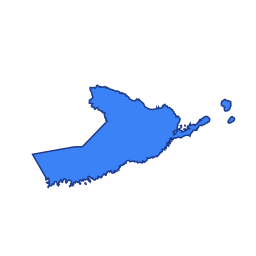 the district of East Makira, Makira, Solomon Islands, rotated 325°
{"feature_id": "97153195B75275546340681", "entity_name": "East Makira", "entity_type": "district", "adm_level": 2, "iso_a3": "SLB", "parent_name": "Solomon Islands", "parent_adm1": "Makira", "projection": "albers", "projection_center": [162.088, -10.683], "detail": "fine", "context": "isolated", "style": "filled", "palette": "blue", "viewbox_px": 256, "rotation_deg": 325, "n_neighbors": 0, "source": "geoboundaries", "source_scale": "gbopen_adm2", "svg_char_len": 5968}
<svg xmlns="http://www.w3.org/2000/svg" viewBox="0 0 256 256"><g transform="rotate(325 128 128)"><path d="M34.7,94.8L32.3,121.4L31.5,122.2L31.6,122.7L31.1,123.6L32.3,123.8L33.4,123.0L34.2,123.6L32.8,126.7L30.1,126.0L30.2,127.0L31.9,128.2L31.0,129.3L29.7,129.6L28.9,130.2L29.3,130.3L29.1,130.7L30.8,130.3L31.8,131.2L32.7,131.3L33.0,130.6L34.0,130.5L34.8,131.7L36.2,130.8L36.4,130.0L37.3,130.1L38.4,130.8L38.6,131.5L38.4,132.4L37.5,133.8L38.0,134.2L37.8,135.3L39.2,135.0L39.5,133.7L40.8,132.5L41.5,133.0L42.9,131.8L43.7,132.3L43.5,133.7L42.8,134.6L43.2,134.9L44.9,133.5L46.5,132.9L47.6,134.6L46.2,135.7L45.7,137.3L46.1,137.7L48.6,136.6L50.4,137.3L51.0,138.9L50.4,140.8L49.3,140.6L48.3,141.9L46.8,142.0L46.8,142.6L47.7,142.2L48.6,142.8L49.1,142.5L49.7,143.6L50.2,142.7L51.1,143.0L51.3,142.3L51.9,142.3L52.2,141.7L53.2,141.8L53.6,142.7L54.1,142.2L55.0,142.0L55.4,143.2L56.0,143.5L55.9,143.9L56.8,144.0L56.9,145.3L56.3,145.9L56.7,146.6L57.3,146.4L57.4,144.6L58.5,143.0L59.6,143.7L59.6,144.7L60.5,144.7L60.6,145.4L61.1,145.7L61.5,144.2L62.0,144.1L63.1,146.0L64.2,146.0L64.9,146.4L65.8,148.3L65.5,149.1L65.9,150.5L66.4,149.8L66.9,149.9L66.7,145.4L67.7,144.7L69.0,146.5L68.7,147.0L69.3,147.7L69.1,148.4L70.0,148.7L69.9,149.8L70.5,150.1L70.4,151.0L71.1,151.7L71.6,151.3L72.9,151.3L74.0,152.2L74.9,151.8L74.9,150.9L75.8,150.5L76.8,151.6L76.7,152.6L77.4,152.6L77.6,153.4L81.5,151.8L82.1,152.5L83.0,152.8L82.4,153.7L82.8,154.1L84.5,152.6L85.0,152.8L85.8,152.2L87.3,152.3L87.9,152.6L87.6,153.4L89.5,153.1L89.6,153.8L88.9,155.1L89.2,155.7L89.8,156.3L90.5,155.9L91.4,156.8L92.1,155.4L92.8,155.2L93.4,156.3L93.2,156.8L94.7,157.0L96.0,156.4L96.4,156.9L96.5,156.1L98.6,155.7L98.5,154.8L99.0,154.3L99.5,154.4L99.8,155.1L101.0,154.3L102.4,155.5L103.8,154.9L104.3,155.5L105.0,154.8L106.1,155.7L107.6,154.3L109.1,154.4L110.3,155.2L110.3,156.9L113.7,158.2L113.9,159.5L114.5,159.5L115.9,160.5L115.8,162.0L117.7,162.6L119.6,164.8L120.4,164.7L120.8,163.6L121.3,163.5L121.8,165.5L125.3,165.2L126.7,163.6L127.0,164.4L129.0,165.5L130.7,165.4L131.1,166.7L131.8,166.2L132.5,166.9L133.6,166.7L135.3,168.0L135.8,167.7L135.8,168.1L138.8,167.4L140.3,166.5L140.7,167.0L141.3,166.6L142.5,167.0L143.8,165.0L145.5,167.1L146.4,165.5L147.0,165.6L147.4,166.6L148.0,166.3L148.3,165.0L148.8,165.3L149.6,164.6L150.6,165.3L150.9,166.2L151.3,166.0L151.0,164.6L151.5,163.3L150.8,163.1L150.6,164.0L150.8,162.9L151.9,162.5L152.8,163.0L154.0,162.4L155.0,162.6L156.1,161.0L157.5,160.7L157.9,161.2L157.7,162.5L158.5,162.5L158.0,163.1L158.4,163.2L158.9,162.7L160.5,162.9L161.0,163.6L164.0,164.3L165.7,166.4L169.2,166.6L172.2,167.7L173.5,168.7L174.0,170.3L175.8,168.8L180.1,167.5L181.0,167.6L181.8,168.6L182.5,168.7L183.0,169.2L184.1,168.7L184.1,167.9L186.0,168.1L186.9,167.0L188.0,166.9L188.8,167.2L189.7,168.4L190.6,168.0L192.7,169.1L194.3,168.5L196.3,169.4L197.1,168.8L198.1,169.3L199.0,168.8L200.3,167.2L199.6,164.2L198.5,163.2L197.3,162.8L196.8,163.2L196.1,163.0L196.2,163.7L195.9,162.8L193.5,162.8L192.7,163.7L192.2,163.4L192.3,162.5L191.8,162.3L191.0,162.6L191.2,163.0L190.9,162.8L190.5,163.1L190.4,163.7L189.9,163.3L189.3,163.4L189.0,163.9L188.2,163.6L185.7,164.4L184.9,163.6L184.2,164.2L183.5,162.4L182.0,162.3L181.1,161.3L180.1,161.5L178.1,160.7L177.4,161.0L176.9,161.7L178.4,164.0L178.3,164.8L178.3,164.1L177.0,162.8L175.4,163.4L175.0,162.5L173.7,163.2L173.2,162.8L172.9,163.2L169.9,162.3L170.7,161.6L169.5,159.2L169.7,158.0L169.0,157.9L168.5,158.4L167.1,158.1L164.5,159.6L163.5,159.3L163.3,159.8L161.8,160.1L162.7,157.2L163.9,157.6L164.7,156.8L165.5,157.7L167.6,157.4L169.2,155.1L170.2,154.6L170.6,153.5L173.7,152.4L176.0,150.3L175.7,149.0L176.0,147.5L175.2,147.1L175.1,146.5L174.2,146.9L173.8,146.6L174.6,143.6L174.5,142.9L173.9,142.4L174.8,141.2L174.5,139.3L174.9,138.6L174.2,137.6L173.9,135.2L172.4,134.3L172.7,132.5L171.6,132.3L171.8,129.9L171.1,129.5L169.9,130.1L169.2,129.6L168.9,130.4L168.1,130.6L167.9,131.0L167.3,130.5L165.6,130.4L164.7,129.5L165.0,128.6L163.8,129.5L163.1,128.9L163.2,128.0L162.9,128.4L161.3,128.3L160.1,127.4L158.9,127.1L157.0,125.4L155.7,123.8L154.0,120.1L154.8,116.6L154.3,116.4L154.1,113.7L153.4,112.6L153.6,111.3L152.8,111.2L153.0,110.2L152.0,110.1L151.5,109.1L150.1,109.9L149.2,109.7L147.2,107.8L146.6,106.0L145.7,105.0L146.1,104.6L146.2,103.4L145.6,101.0L144.7,100.4L145.4,99.2L145.2,98.5L144.7,98.4L143.8,96.4L143.0,96.4L142.8,95.2L141.8,95.5L141.2,94.5L141.7,93.7L140.8,92.0L140.1,91.2L139.3,91.0L136.4,86.6L135.5,86.1L134.5,83.3L133.3,83.2L133.1,82.7L133.6,81.7L132.7,81.4L132.4,80.5L130.1,79.9L129.9,79.2L129.1,78.9L129.2,78.5L128.7,78.5L128.1,77.4L127.7,77.4L127.7,75.9L127.4,75.4L126.5,75.3L124.9,76.5L123.9,76.5L123.3,75.1L122.0,74.7L120.3,73.1L118.9,74.9L118.5,78.7L117.5,80.1L117.1,82.3L116.2,83.0L113.1,83.4L112.5,83.0L110.6,85.4L113.0,87.8L110.7,88.8L110.4,89.5L110.6,90.2L112.0,91.6L111.4,93.2L111.8,93.8L112.8,93.4L114.9,93.8L114.1,96.1L115.4,97.7L115.7,99.2L116.6,99.6L116.0,100.7L117.7,101.9L117.6,102.8L116.4,102.9L115.9,105.0L115.1,106.0L115.0,106.5L115.6,107.1L114.5,108.7L114.9,108.8L114.4,110.2L114.7,110.5L79.9,117.2L73.1,112.6L34.7,94.8ZM227.1,165.7L226.5,164.0L224.7,162.2L223.8,160.1L220.0,160.1L218.5,161.4L217.7,162.8L218.0,164.2L219.2,166.4L217.7,167.5L217.2,169.6L218.7,170.7L220.2,171.1L221.9,170.9L224.9,168.9L227.1,165.7ZM220.6,180.4L219.9,178.6L219.2,178.1L218.0,178.2L213.8,179.9L213.3,180.6L213.2,181.5L214.3,182.4L218.5,182.9L220.0,182.2L220.6,181.5L220.6,180.4ZM155.6,163.6L154.6,163.0L154.6,163.3L153.2,163.1L152.6,163.8L152.2,163.6L152.5,164.7L153.2,165.0L155.6,163.6ZM173.2,156.5L172.5,156.3L172.6,157.3L171.4,157.9L171.4,158.2L172.7,157.6L173.2,156.5ZM61.8,149.2L61.4,148.5L61.1,148.4L60.9,149.5L61.4,150.0L61.8,149.2ZM157.5,161.9L157.4,161.4L156.9,161.6L157.1,162.7L157.5,161.9ZM174.0,161.2L173.5,160.9L173.0,161.2L173.6,161.7L174.0,161.2ZM176.1,159.2L175.9,158.6L175.4,159.3L175.6,159.1L175.9,159.1L175.6,159.4L176.1,159.2ZM181.4,160.5L181.6,159.9L180.9,160.2L181.4,160.5Z" fill="#3b82f6" stroke="#1e3a8a" stroke-width="1.5"/></g></svg>